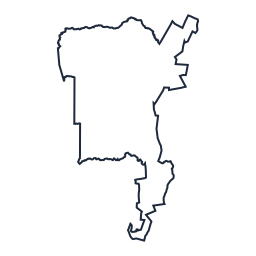 outline of Soy, Rift Valley, Kenya
{"feature_id": "3690345B57881492347127", "entity_name": "Soy", "entity_type": "district", "adm_level": 2, "iso_a3": "KEN", "parent_name": "Kenya", "parent_adm1": "Rift Valley", "projection": "orthographic", "projection_center": [35.247, 0.733], "detail": "fine", "context": "isolated", "style": "outline", "palette": "slate", "viewbox_px": 256, "rotation_deg": 0, "n_neighbors": 0, "source": "geoboundaries", "source_scale": "gbopen_adm2", "svg_char_len": 5728}
<svg xmlns="http://www.w3.org/2000/svg" viewBox="0 0 256 256"><path d="M58.0,42.4L58.1,43.4L58.9,44.0L58.7,44.6L58.9,45.2L59.7,45.7L59.7,46.1L60.1,46.3L59.5,47.0L58.8,48.0L58.4,47.9L57.9,48.2L59.3,64.9L64.1,81.4L64.3,79.3L64.1,78.7L64.2,78.2L64.4,77.7L64.5,77.1L65.6,77.1L66.0,76.8L66.1,76.3L67.4,75.9L69.2,76.4L69.6,76.2L70.7,76.3L71.3,76.5L71.7,76.5L72.1,76.8L72.5,77.0L73.0,77.0L73.6,76.9L74.5,77.5L74.3,123.8L75.5,123.9L76.1,123.5L76.6,123.6L77.5,123.9L78.1,123.7L79.1,123.4L79.7,123.4L80.1,123.6L80.0,145.0L80.0,153.4L79.9,158.3L79.1,159.3L78.7,160.8L78.1,161.8L79.0,163.3L79.7,163.9L80.3,163.5L80.6,163.0L81.6,162.4L82.1,161.3L83.0,161.2L83.8,160.7L84.3,160.8L85.1,160.1L85.7,160.4L86.2,160.2L86.5,159.7L88.3,158.6L88.7,158.8L89.3,158.8L89.7,158.5L90.1,158.5L91.4,159.3L92.0,159.5L92.7,159.4L93.8,158.3L95.2,158.0L95.8,158.2L95.9,158.8L96.3,159.3L96.8,159.3L97.5,159.1L98.3,158.6L98.8,158.7L99.6,159.3L99.8,159.9L100.2,159.9L100.7,160.2L102.2,160.0L103.7,160.1L104.1,159.7L104.5,159.0L105.0,158.8L106.2,158.7L107.2,158.5L108.1,159.2L108.8,159.3L110.0,159.0L110.5,159.1L111.4,159.4L112.8,160.1L113.2,159.9L113.7,158.7L114.0,158.4L114.5,158.7L114.8,159.1L115.2,159.3L115.9,160.1L116.4,160.1L116.8,159.7L117.3,160.0L117.7,159.7L117.9,159.2L118.2,159.6L118.3,160.2L118.9,160.3L119.6,159.8L120.1,159.3L121.0,158.9L122.0,158.6L123.1,158.2L123.8,157.3L124.7,157.0L125.1,156.7L125.2,156.2L125.2,155.2L125.0,154.6L125.4,154.1L125.6,153.4L126.0,153.2L126.5,153.1L126.9,152.9L128.0,152.7L129.1,154.1L129.6,154.4L130.5,154.5L130.6,155.0L130.9,155.6L131.4,155.8L132.0,155.8L134.0,155.3L134.5,155.4L135.1,155.8L135.3,156.2L136.7,157.1L137.6,158.0L137.6,160.5L138.3,160.9L138.8,161.0L139.2,160.6L139.4,160.0L139.8,159.7L140.3,159.5L140.6,159.9L141.4,161.2L142.1,161.8L141.9,162.4L141.6,162.8L141.6,163.2L141.9,163.7L142.7,164.5L143.2,164.7L143.9,164.5L144.4,164.1L145.0,163.3L145.3,165.9L145.5,166.3L145.8,170.4L146.0,177.5L144.8,178.2L139.4,179.1L137.4,179.3L136.0,179.7L135.6,179.7L135.1,180.0L135.5,180.8L135.7,181.5L135.5,183.1L136.0,183.5L138.4,183.7L138.8,184.0L139.1,185.7L139.2,189.9L138.7,193.6L138.7,196.8L139.2,202.5L136.9,203.3L136.7,207.6L141.9,211.6L141.2,213.0L140.7,219.7L144.4,220.0L140.9,229.7L137.8,230.5L137.6,229.4L136.6,229.4L136.2,231.2L135.7,231.1L135.3,231.2L135.0,231.7L132.2,231.9L131.6,231.7L131.1,231.3L131.0,230.8L131.1,230.1L131.8,227.4L131.7,225.5L131.4,224.8L130.4,223.8L128.0,230.4L128.4,230.9L130.3,236.2L131.9,238.3L132.5,238.9L133.1,239.1L136.0,238.5L136.5,238.5L144.1,240.6L144.3,240.1L145.3,235.9L146.8,234.1L147.4,232.5L148.6,230.8L150.6,223.8L151.4,221.5L146.0,214.8L155.4,210.8L153.3,205.6L164.5,204.0L164.1,203.1L163.8,202.0L163.6,199.2L163.7,197.9L163.8,197.2L164.5,195.7L165.1,193.5L165.8,192.6L166.4,190.8L166.8,189.1L167.3,188.0L167.5,187.3L167.4,186.2L167.4,185.5L168.1,184.0L169.1,182.8L169.9,181.3L171.6,179.7L173.1,178.5L173.4,178.1L173.6,177.6L173.7,175.2L173.4,174.7L172.6,173.8L172.4,173.1L172.4,171.4L172.1,169.4L171.8,169.0L171.8,168.6L172.7,167.9L173.1,166.6L173.1,165.7L172.7,164.9L171.4,163.2L170.8,161.5L170.5,161.2L170.0,161.3L169.1,161.7L167.9,161.7L166.5,160.9L166.0,160.9L165.4,161.2L165.0,161.7L163.8,162.1L163.5,163.0L163.0,163.3L162.1,163.2L161.6,163.0L158.3,161.2L158.4,160.5L159.6,157.8L161.0,152.8L161.5,150.7L161.5,150.0L160.8,145.6L159.9,143.9L157.7,138.2L156.5,128.8L158.1,115.7L155.6,115.5L155.1,113.3L153.9,109.3L153.6,103.0L154.6,104.0L155.9,102.2L163.2,90.3L164.1,87.5L169.0,87.7L169.0,90.0L180.2,88.0L185.7,86.7L179.9,75.9L183.2,75.0L185.8,75.1L186.8,70.4L187.8,64.9L175.6,64.1L176.5,59.4L174.9,57.0L182.4,51.4L183.1,46.6L184.4,41.1L185.0,42.6L187.8,41.4L192.5,31.4L195.4,33.0L196.5,31.7L197.2,30.6L197.3,30.1L197.4,28.9L197.1,27.2L197.1,26.5L197.0,26.0L197.1,25.4L196.9,24.9L197.3,24.0L197.3,23.0L198.1,21.3L197.7,19.4L194.4,18.1L190.7,16.3L188.2,15.4L185.1,21.6L182.5,27.9L174.9,23.9L172.4,21.2L170.7,24.5L160.6,42.0L159.4,43.8L159.0,43.1L158.6,42.9L158.2,42.5L158.1,41.5L157.8,41.0L158.1,40.4L157.3,39.8L156.8,40.1L156.5,39.7L156.0,39.8L155.7,39.2L155.7,38.8L155.3,38.1L154.8,37.9L154.4,37.0L154.7,36.5L154.5,36.1L154.1,35.8L154.2,35.0L153.6,35.0L153.1,33.9L153.3,33.4L152.8,32.7L152.7,32.0L153.2,31.7L152.9,31.2L150.5,29.5L150.2,29.1L148.4,28.2L147.8,28.5L146.8,27.9L146.2,28.1L145.6,28.0L145.2,27.7L145.0,27.3L144.8,26.3L144.1,26.1L143.5,25.6L142.4,23.9L142.0,23.2L141.6,21.3L140.8,20.1L140.2,20.3L136.6,20.1L136.0,19.7L135.9,19.2L135.6,18.8L135.1,18.8L134.6,19.0L134.0,18.2L132.9,17.9L132.3,17.9L131.4,17.4L130.5,17.6L130.4,18.0L130.0,18.3L128.7,18.5L128.3,18.7L128.1,19.9L127.2,20.3L127.4,20.9L127.0,21.4L126.4,21.4L124.7,21.8L124.2,21.8L122.2,23.1L121.9,24.3L121.6,24.9L120.5,25.7L119.0,27.2L118.1,27.8L116.7,27.9L115.5,28.5L115.1,28.3L113.8,28.5L113.0,28.2L112.1,27.5L110.6,27.6L110.1,27.8L109.3,27.6L109.0,27.3L107.9,26.9L106.6,26.7L106.1,26.9L104.2,27.1L103.7,26.9L103.2,27.0L102.7,26.8L102.5,26.4L102.0,26.1L101.8,25.7L101.3,25.7L100.8,25.3L100.3,25.3L99.8,25.4L99.3,25.5L98.7,25.2L97.1,25.9L96.6,25.7L96.1,25.7L94.9,26.1L94.4,26.4L93.8,27.3L93.0,26.9L92.5,27.0L92.1,27.3L90.5,28.1L89.9,28.0L89.2,28.3L88.5,28.2L86.8,27.1L85.8,26.9L84.5,27.5L84.1,28.0L83.3,28.0L81.9,28.4L81.3,28.3L80.8,28.6L80.8,29.0L79.9,29.4L79.4,29.4L78.5,28.7L77.4,29.0L76.1,29.2L75.7,29.1L75.2,29.3L74.0,29.3L73.5,29.1L73.2,28.4L72.1,27.8L71.6,28.0L71.1,28.4L70.3,28.6L69.1,28.8L68.5,28.8L68.0,28.5L67.2,28.3L65.7,28.3L65.3,29.0L65.8,29.8L65.4,30.3L65.4,31.4L65.1,31.8L63.9,32.1L63.5,32.3L63.0,32.8L62.2,32.6L61.6,32.8L61.8,33.3L61.8,33.9L61.3,33.8L60.9,34.2L60.8,34.6L60.5,34.9L59.5,35.3L59.4,35.9L59.7,36.9L59.7,37.3L60.1,37.5L59.8,37.9L59.9,38.4L59.8,38.9L59.9,39.5L59.4,39.6L58.9,40.2L58.5,41.1L58.6,41.7L58.0,42.4Z" fill="none" stroke="#1e293b" stroke-width="2"/></svg>